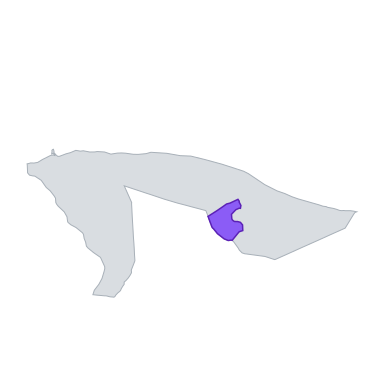 Bakool highlighted on a map of Somalia, rotated 246°
{"feature_id": "SOM-2312", "entity_name": "Bakool", "entity_type": "Region", "adm_level": 1, "iso_a3": "SOM", "parent_name": "Somalia", "parent_adm1": "", "projection": "robinson", "projection_center": [43.857, 4.102], "detail": "fine", "context": "in_parent", "style": "filled", "palette": "violet", "viewbox_px": 384, "rotation_deg": 246, "n_neighbors": 0, "source": "natural_earth", "source_scale": "10m", "svg_char_len": 3152}
<svg xmlns="http://www.w3.org/2000/svg" viewBox="0 0 384 384"><g transform="rotate(246 192 192)"><path d="M107.0,332.7L106.7,331.9L105.0,329.3L101.7,324.5L99.2,320.9L96.7,317.2L96.7,314.3L96.7,305.5L96.6,288.0L96.6,270.4L96.5,252.9L96.5,244.1L96.5,240.5L96.7,239.9L99.6,236.7L103.4,232.5L108.4,224.4L111.1,220.0L113.4,216.3L114.0,215.2L116.0,213.0L119.7,211.6L122.1,211.4L130.1,209.7L131.3,209.1L132.0,208.3L132.6,206.6L134.2,204.1L136.2,202.4L140.0,200.2L143.8,198.3L144.6,198.0L149.1,196.8L150.2,196.4L152.1,196.0L152.8,196.0L159.1,196.4L164.0,196.8L169.0,197.1L169.6,196.8L173.1,192.5L178.7,185.5L182.3,181.1L187.8,174.2L192.0,169.3L196.7,163.8L201.3,158.8L206.8,152.8L210.2,149.0L215.6,143.1L220.7,137.5L225.2,132.6L219.0,132.6L212.9,132.6L206.9,132.6L205.8,132.0L200.8,130.1L194.4,127.6L186.4,124.6L180.8,122.5L174.8,120.2L168.6,118.0L163.8,116.2L157.9,113.9L152.7,112.0L152.0,111.5L149.1,108.6L145.3,104.7L144.6,104.6L142.8,103.8L141.2,101.7L139.5,99.0L138.0,95.7L137.3,93.4L135.2,92.4L134.2,90.6L132.4,88.0L131.1,86.7L130.6,85.5L130.0,83.2L128.9,80.6L127.9,79.1L127.7,78.4L127.7,77.9L129.6,74.5L130.5,73.3L131.5,72.1L132.3,70.9L132.6,70.1L134.9,66.0L136.9,62.4L138.5,59.7L142.0,62.8L145.5,69.3L149.6,74.6L155.2,79.4L157.4,81.1L159.3,81.9L169.5,81.8L176.7,77.4L183.3,74.1L185.5,73.5L189.3,74.4L193.5,74.6L197.3,75.6L199.2,75.4L206.7,71.6L211.3,68.0L214.5,66.4L215.8,66.4L220.2,67.7L225.8,67.2L233.4,64.0L235.9,63.4L237.7,63.3L241.9,64.8L242.6,64.7L244.8,64.4L250.8,62.9L255.4,60.7L264.0,59.0L270.4,54.9L271.6,52.9L273.5,50.4L276.4,49.6L283.7,52.5L284.8,52.8L284.4,54.5L284.2,56.4L282.7,59.5L281.8,63.1L282.5,68.5L282.9,77.2L282.8,78.5L282.3,79.7L282.1,80.7L281.3,81.1L281.0,81.6L281.5,81.8L283.8,80.9L283.8,79.9L283.9,79.3L285.8,80.5L287.1,81.0L287.5,82.1L287.4,82.8L285.3,82.5L284.2,81.9L281.0,82.9L279.1,83.9L278.5,85.6L278.1,92.5L277.4,96.9L277.3,102.8L274.7,106.7L273.9,109.4L270.1,114.9L268.1,119.6L267.5,121.9L264.1,128.4L259.6,133.3L257.9,139.6L256.3,143.6L254.4,147.2L250.4,153.6L248.3,158.0L245.7,165.7L245.0,170.6L237.6,184.7L230.0,196.0L225.3,205.5L216.8,216.5L205.2,230.7L190.0,247.6L185.8,251.0L169.2,261.4L158.4,270.2L152.9,276.1L147.1,281.3L142.5,286.2L128.6,302.8L127.2,304.3L125.8,305.8L124.1,308.6L122.8,309.7L119.5,314.5L117.5,316.9L115.1,319.4L114.1,321.1L113.4,323.1L112.7,324.2L110.6,328.9L108.7,332.0L106.9,334.4L107.0,332.7Z" fill="#d9dde1" stroke="#a8b0b8" stroke-width="1"/><path d="M151.7,196.0L152.8,196.0L153.8,196.1L154.7,196.2L155.7,196.2L156.6,196.3L157.6,196.3L158.5,196.4L159.5,196.5L160.4,196.5L161.4,196.6L162.3,196.7L163.2,196.7L164.8,207.3L166.1,214.4L167.0,218.7L166.4,222.1L166.6,231.0L164.4,231.4L163.5,231.0L159.8,231.2L157.4,229.6L158.0,228.5L158.0,224.8L157.6,223.9L155.6,219.0L151.4,217.5L150.1,217.5L148.4,218.3L147.7,219.0L146.4,221.7L144.6,223.9L141.4,224.8L136.1,222.7L136.5,219.0L135.7,217.3L131.9,209.8L131.5,209.0L132.1,208.3L132.3,207.6L132.7,206.2L132.9,205.5L133.0,205.3L133.2,205.1L134.6,203.8L136.1,202.3L138.2,201.2L140.3,200.1L142.3,199.0L143.6,198.3L145.7,197.8L147.1,197.4L148.9,196.9L149.4,196.8L151.0,196.1L151.7,196.0Z" fill="#8b5cf6" stroke="#5b21b6" stroke-width="1.5"/></g></svg>